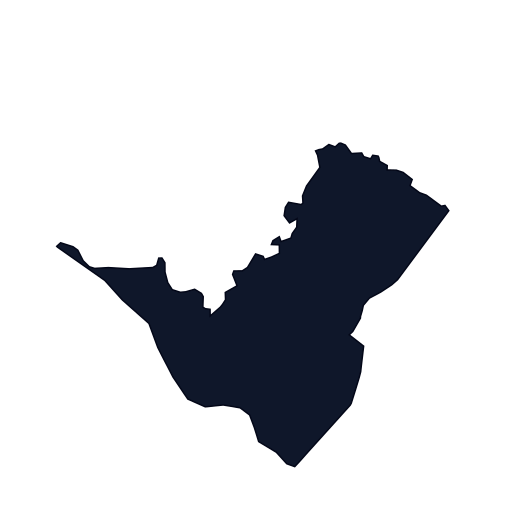 outline of Dorado, Puerto Rico, rotated 217°
{"feature_id": "32010507B14965508281660", "entity_name": "Dorado", "entity_type": "district", "adm_level": 2, "iso_a3": "PRI", "parent_name": "Puerto Rico", "parent_adm1": "", "projection": "robinson", "projection_center": [-66.267, 18.432], "detail": "fine", "context": "isolated", "style": "filled", "palette": "ink", "viewbox_px": 512, "rotation_deg": 217, "n_neighbors": 0, "source": "geoboundaries", "source_scale": "gbopen_adm2", "svg_char_len": 1845}
<svg xmlns="http://www.w3.org/2000/svg" viewBox="0 0 512 512"><g transform="rotate(217 256 256)"><path d="M271.7,375.8L267.4,373.5L265.9,372.1L258.3,365.2L257.8,342.4L255.0,332.0L250.4,326.6L250.8,324.3L262.3,318.5L261.8,312.5L257.8,305.1L249.1,302.6L245.7,310.6L240.8,303.5L240.6,295.8L238.9,291.3L244.7,282.6L249.0,285.4L251.7,278.5L250.6,274.4L244.1,278.9L238.9,272.2L243.0,264.5L247.1,258.4L250.1,260.0L257.6,257.4L256.6,248.2L255.9,241.7L258.0,235.9L264.7,230.7L263.6,227.2L253.2,220.8L258.6,208.4L254.0,202.7L253.6,197.1L253.7,193.7L256.5,180.5L260.6,185.8L264.8,183.4L267.7,183.2L273.7,191.8L277.1,193.3L285.0,192.5L290.6,185.1L294.6,181.5L302.6,178.7L310.4,181.6L319.0,188.4L324.7,195.8L329.9,197.8L332.4,195.8L329.7,188.8L331.5,184.7L349.5,169.5L366.9,157.9L377.4,149.0L382.7,147.1L391.2,148.2L401.8,153.4L407.7,153.3L420.0,149.0L421.0,143.8L420.0,143.6L362.0,145.5L336.3,140.5L300.9,137.7L281.8,125.4L279.3,123.8L267.4,118.0L262.8,115.8L261.7,115.3L256.3,112.7L249.5,109.4L230.5,102.8L224.3,100.7L205.8,105.0L203.8,106.8L199.1,111.2L198.8,111.5L192.5,117.3L191.9,117.6L184.0,121.8L181.4,123.1L177.3,125.2L168.4,125.2L165.4,125.2L154.1,118.0L148.5,114.0L142.2,109.4L140.8,109.5L121.7,111.5L106.4,108.6L98.3,111.1L97.6,117.7L96.5,131.4L91.0,193.6L91.3,195.7L96.2,209.4L100.3,220.6L102.7,226.5L105.7,231.5L115.8,248.8L134.1,249.1L133.3,254.0L135.2,269.2L136.2,270.7L138.3,276.3L140.6,281.2L140.1,290.6L134.7,302.2L130.3,314.6L128.7,322.2L128.7,323.1L129.3,408.2L135.5,410.1L138.0,407.3L156.5,407.1L163.5,405.0L175.4,404.9L177.3,411.1L188.8,411.3L195.6,409.0L203.1,403.6L205.6,407.2L214.2,406.0L217.2,408.6L218.6,409.3L223.4,406.7L223.0,402.6L229.7,400.2L233.6,401.9L241.4,395.3L251.4,398.4L256.2,397.2L257.4,396.1L258.4,390.8L264.9,388.9L267.2,381.6L269.8,378.8L271.7,375.8Z" fill="#0f172a" stroke="#020617" stroke-width="1.5"/></g></svg>